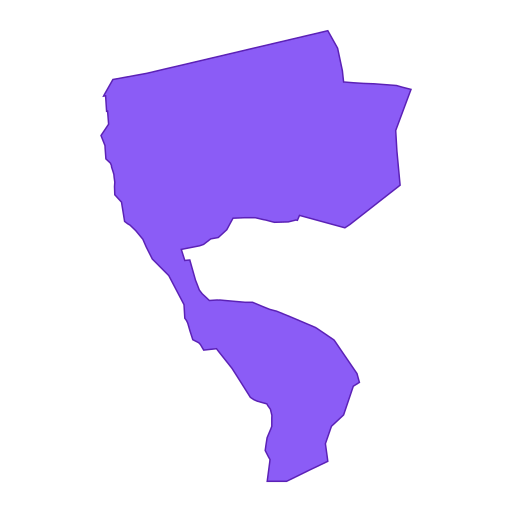 Lanse Road, Castries, Saint Lucia (Albers equal-area conic projection)
{"feature_id": "8701671B540973728907", "entity_name": "Lanse Road", "entity_type": "district", "adm_level": 2, "iso_a3": "LCA", "parent_name": "Saint Lucia", "parent_adm1": "Castries", "projection": "albers", "projection_center": [-60.988, 14.018], "detail": "fine", "context": "isolated", "style": "filled", "palette": "violet", "viewbox_px": 512, "rotation_deg": 0, "n_neighbors": 0, "source": "geoboundaries", "source_scale": "gbopen_adm2", "svg_char_len": 1934}
<svg xmlns="http://www.w3.org/2000/svg" viewBox="0 0 512 512"><path d="M103.6,96.1L104.7,95.9L105.6,95.8L106.6,111.3L107.6,111.1L108.6,124.2L101.0,135.5L105.0,145.6L105.1,148.1L105.9,158.9L110.4,163.1L111.5,165.7L111.5,166.8L113.2,172.1L113.9,174.5L114.1,177.0L114.8,182.2L114.5,186.6L114.8,194.8L121.5,202.1L124.6,221.4L127.7,223.8L130.0,225.1L132.8,227.8L135.7,230.6L142.9,239.3L146.2,246.9L152.3,259.0L168.8,275.6L169.3,276.6L184.0,304.6L184.8,318.2L186.6,320.7L187.0,321.7L187.5,322.5L187.9,323.7L190.0,331.0L192.8,339.7L198.7,342.7L200.4,344.5L203.7,350.1L216.5,348.7L219.1,352.1L232.1,368.5L234.4,372.1L240.0,380.9L250.4,397.4L253.9,399.7L257.3,401.2L266.9,403.9L267.8,405.6L270.4,409.2L271.9,415.4L271.8,418.1L271.8,420.1L271.8,426.4L271.4,427.3L270.9,428.7L267.1,437.7L266.0,444.8L265.2,450.5L268.5,456.9L270.0,459.5L269.8,461.6L267.2,481.3L286.6,481.3L309.6,470.0L327.8,461.3L327.2,456.7L325.4,443.7L330.9,427.8L331.5,426.2L336.9,421.2L343.6,414.9L353.3,386.2L358.4,383.0L359.4,382.4L357.0,373.6L343.4,353.7L334.9,341.2L333.9,339.9L332.1,338.7L317.1,328.5L315.5,327.5L292.5,317.7L276.4,311.1L275.1,310.8L269.8,309.4L262.6,306.5L252.6,302.3L245.3,302.3L224.0,300.4L219.8,300.0L218.9,300.1L217.0,300.0L209.4,300.5L208.4,299.6L202.1,293.7L199.3,290.0L196.9,283.7L195.5,280.2L189.8,260.0L187.3,260.2L184.8,260.5L181.3,249.4L199.6,245.8L203.6,244.4L204.9,243.4L210.7,238.9L218.3,237.5L226.8,229.7L229.9,223.9L233.0,218.2L244.6,217.7L253.7,217.7L255.3,217.7L263.3,219.6L265.6,220.0L272.7,221.9L274.5,222.3L288.3,221.9L291.5,221.1L294.8,220.3L295.8,220.0L297.4,220.3L299.5,215.4L344.9,227.8L349.9,224.5L382.3,199.1L400.1,185.2L396.9,151.0L395.7,130.5L405.1,105.2L411.0,89.4L402.0,87.1L396.5,85.5L374.2,83.8L363.4,83.4L354.0,82.8L350.3,82.5L345.2,82.1L343.6,82.0L343.0,76.6L342.4,70.8L337.6,48.2L327.8,30.7L173.6,67.0L165.4,68.9L146.9,73.3L112.9,79.5L104.4,94.5L103.6,96.1Z" fill="#8b5cf6" stroke="#5b21b6" stroke-width="1.5"/></svg>